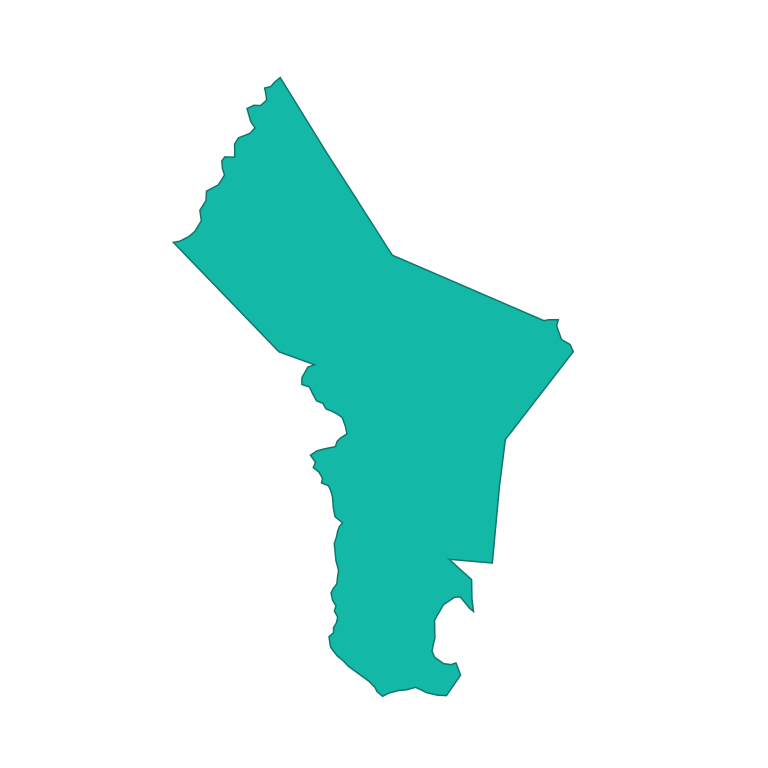 Carnaíba, Pernambuco, Brazil (Albers equal-area conic projection), rotated 173°
{"feature_id": "56859067B38312935783523", "entity_name": "Carnaíba", "entity_type": "district", "adm_level": 2, "iso_a3": "BRA", "parent_name": "Brazil", "parent_adm1": "Pernambuco", "projection": "albers", "projection_center": [-37.706, -7.797], "detail": "fine", "context": "isolated", "style": "filled", "palette": "teal", "viewbox_px": 768, "rotation_deg": 173, "n_neighbors": 0, "source": "geoboundaries", "source_scale": "gbopen_adm2", "svg_char_len": 1785}
<svg xmlns="http://www.w3.org/2000/svg" viewBox="0 0 768 768"><g transform="rotate(173 384 384)"><path d="M346.6,98.4L351.8,97.3L358.9,99.2L367.0,106.5L368.9,113.0L366.5,120.3L364.4,125.9L362.6,143.4L351.9,157.7L340.0,163.7L334.3,163.4L330.1,156.9L326.9,151.6L322.9,147.3L322.9,160.0L320.9,179.1L340.8,202.1L298.3,193.1L281.9,268.3L270.3,314.1L192.2,393.0L194.5,400.5L202.4,406.5L205.6,420.8L203.1,426.6L212.6,427.7L217.6,427.4L360.0,510.8L363.9,518.7L386.2,565.4L389.9,573.3L412.2,619.3L449.7,700.9L455.4,697.2L460.2,693.0L466.4,692.3L465.9,686.3L465.9,680.0L472.7,675.4L479.1,676.5L486.4,674.1L484.3,660.9L480.9,654.0L486.3,649.2L493.2,647.4L498.5,646.0L503.1,640.3L503.7,633.9L504.7,627.3L514.4,628.8L517.8,625.1L518.1,617.3L516.8,610.9L524.1,601.9L536.7,597.0L538.3,587.8L545.6,578.8L545.4,568.3L553.0,558.7L559.6,554.2L564.5,552.4L569.0,550.7L575.8,550.2L494.3,442.0L484.3,428.7L474.4,423.7L450.5,411.5L457.5,410.1L464.7,400.3L465.6,393.5L458.4,390.1L455.9,382.7L453.0,375.5L447.1,372.3L444.5,366.3L439.1,363.3L434.4,360.2L429.5,355.7L427.4,346.2L426.9,339.0L433.6,335.8L437.6,332.7L439.8,327.8L451.8,326.8L458.7,325.8L465.7,322.3L461.5,314.6L464.4,309.6L459.4,304.6L456.5,297.9L458.1,293.4L451.5,289.8L449.7,283.9L448.9,278.3L449.4,267.5L448.7,258.2L442.1,251.3L445.8,247.7L448.0,243.4L449.7,238.1L452.8,231.7L453.1,220.7L453.2,214.1L451.8,204.8L453.6,198.2L455.2,191.3L459.2,187.3L462.0,183.1L461.4,175.6L458.7,169.8L460.9,164.6L458.4,158.2L460.4,152.6L463.8,148.4L464.4,143.3L469.4,139.9L469.1,129.4L466.8,125.2L463.6,119.8L458.4,114.5L453.7,108.1L442.9,98.0L435.3,90.9L430.0,84.1L428.4,79.6L423.5,74.2L416.9,76.6L407.2,78.0L399.3,77.7L389.6,79.1L379.1,72.4L369.1,68.7L360.0,67.1L343.5,85.7L344.7,90.9L346.6,98.4Z" fill="#14b8a6" stroke="#0f766e" stroke-width="1.5"/></g></svg>